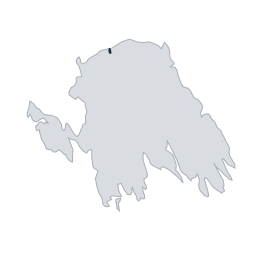 Clontarf Lea-6, Dublin, Ireland (highlighted), rotated 256°
{"feature_id": "5873133B49648577838284", "entity_name": "Clontarf Lea-6", "entity_type": "district", "adm_level": 2, "iso_a3": "IRL", "parent_name": "Ireland", "parent_adm1": "Dublin", "projection": "equal_earth", "projection_center": [-6.188, 53.368], "detail": "fine", "context": "in_parent", "style": "filled", "palette": "slate", "viewbox_px": 256, "rotation_deg": 256, "n_neighbors": 0, "source": "geoboundaries", "source_scale": "gbopen_adm2", "svg_char_len": 4181}
<svg xmlns="http://www.w3.org/2000/svg" viewBox="0 0 256 256"><g transform="rotate(256 128 128)"><path d="M168.0,46.3L161.9,49.3L161.0,50.5L159.2,55.2L159.0,56.5L155.2,61.7L153.0,62.7L149.8,63.6L147.9,64.4L145.6,64.0L142.7,64.1L141.3,65.0L141.3,65.7L142.2,66.6L147.5,69.0L147.2,69.9L145.7,71.1L136.0,73.9L133.1,75.6L132.1,76.7L133.1,78.6L140.7,84.2L142.0,84.9L143.1,88.2L149.9,89.5L152.7,91.6L155.1,92.1L160.3,91.9L162.4,92.7L163.6,92.1L164.3,91.0L170.2,87.0L168.4,84.0L174.3,78.9L175.9,79.0L178.7,80.5L181.0,82.7L181.7,85.6L183.8,88.2L185.2,89.1L188.9,89.6L189.8,90.6L189.1,94.4L189.7,95.7L199.3,95.6L203.1,94.0L206.4,94.2L208.0,95.9L208.8,97.7L205.9,98.4L202.9,98.0L201.5,99.1L201.4,101.4L202.4,104.2L204.4,106.2L206.0,110.8L207.3,115.9L209.4,119.0L209.8,122.8L209.5,124.7L209.9,128.0L209.0,129.2L209.6,132.4L213.1,142.7L213.8,150.7L212.1,153.7L209.8,156.6L208.3,160.0L207.1,163.7L206.4,169.6L201.4,176.5L199.2,178.3L196.8,179.3L202.2,184.2L197.7,186.4L192.9,187.1L187.5,185.9L184.2,186.0L179.9,188.6L179.0,188.1L177.0,184.1L175.5,188.2L172.4,189.5L167.1,189.3L158.2,190.4L154.8,191.5L153.4,193.4L152.3,195.5L150.9,196.8L149.4,197.5L142.5,199.0L141.2,199.7L138.0,203.1L133.8,205.1L130.3,205.7L127.3,203.7L126.1,202.5L124.6,201.9L120.0,202.0L121.4,202.6L122.4,204.0L122.8,206.7L122.2,209.4L119.9,210.8L117.1,211.0L112.7,213.8L106.9,214.6L103.7,217.1L84.5,221.5L83.5,221.5L80.8,220.4L78.0,219.9L75.1,220.3L67.1,222.7L63.2,222.2L68.3,216.2L75.0,213.2L75.7,212.3L73.5,211.9L60.9,214.0L56.5,215.8L52.1,216.3L54.2,213.6L59.9,209.9L64.8,207.4L67.0,205.2L73.0,202.7L53.7,207.8L48.7,207.2L47.6,205.8L43.6,206.5L42.2,203.0L48.2,197.7L51.6,195.5L55.7,194.2L59.6,192.5L61.1,190.4L59.3,189.7L47.7,190.2L42.2,189.8L42.5,188.1L43.6,186.2L49.4,183.0L52.5,182.5L55.3,182.8L60.1,184.7L66.6,184.1L64.0,182.0L63.6,177.9L61.6,176.5L64.3,174.5L67.3,173.4L72.5,169.4L74.3,168.8L84.3,167.8L95.1,165.7L105.9,162.9L100.4,161.3L97.8,159.1L93.5,163.4L90.5,165.1L81.9,165.9L79.2,165.5L75.4,164.1L74.2,164.6L73.1,165.7L67.3,167.8L61.3,168.3L68.4,164.4L77.3,157.9L79.3,155.8L82.2,152.2L81.4,150.6L79.6,149.7L86.1,142.4L88.4,141.0L92.5,140.8L95.5,139.6L96.8,139.6L98.0,139.2L100.6,137.0L96.6,135.6L92.5,134.9L79.6,135.7L77.9,135.5L76.3,134.8L75.3,133.8L74.6,131.4L73.6,130.8L70.7,130.8L67.8,131.6L65.9,131.5L63.9,130.4L67.1,127.8L63.1,127.3L59.0,127.7L55.6,127.0L55.6,125.4L57.1,123.8L55.2,122.3L54.8,120.4L57.0,119.4L59.3,119.8L64.1,118.3L70.3,117.7L65.1,116.3L63.0,115.1L62.9,113.3L63.4,111.7L69.5,109.1L76.0,107.9L75.6,106.2L76.1,104.3L69.6,103.8L63.1,105.1L63.9,101.5L65.5,98.3L65.9,96.2L65.6,93.9L62.6,94.9L62.3,91.7L61.1,89.5L56.6,91.0L56.8,88.1L58.1,86.1L60.5,85.2L62.8,85.6L67.1,85.6L71.3,84.1L77.2,83.7L86.8,84.1L93.2,88.4L94.9,87.7L97.6,85.0L98.8,84.7L108.7,85.8L114.8,87.4L116.5,86.9L115.6,83.9L113.6,81.8L116.2,79.1L119.5,77.3L121.7,76.4L126.6,75.2L128.8,74.1L130.3,70.7L132.7,67.8L120.2,69.3L108.4,65.8L110.3,63.4L112.9,62.0L117.2,61.0L117.6,59.7L119.8,58.7L123.5,55.9L122.2,52.3L122.9,49.7L125.6,48.0L126.4,45.5L127.6,43.7L132.8,43.1L137.9,41.4L145.7,41.2L147.7,41.8L147.3,38.9L150.9,38.5L152.4,39.1L153.0,41.2L154.6,42.5L155.1,44.8L154.0,46.6L152.1,48.0L153.8,49.5L151.1,52.0L154.0,50.9L158.1,48.4L157.9,46.4L157.2,43.8L156.1,41.4L156.6,38.9L158.9,37.3L164.9,36.5L162.5,33.6L164.7,33.3L167.1,33.9L170.5,36.2L177.9,39.4L174.3,42.2L169.8,44.1L168.0,46.3ZM61.8,102.7L61.6,104.1L58.8,102.4L57.5,100.5L49.6,99.6L52.9,97.7L54.5,98.3L60.1,98.4L61.6,99.1L61.8,102.7Z" fill="#d9dde1" stroke="#a8b0b8" stroke-width="1"/><path d="M207.6,128.3L207.4,128.4L207.3,128.5L207.2,128.5L206.9,128.4L206.8,128.5L206.7,128.6L206.6,128.4L206.3,128.4L206.0,128.3L205.8,128.3L205.7,128.3L205.5,128.6L205.4,128.9L205.1,128.8L204.9,129.1L205.0,129.2L205.3,129.3L205.4,129.5L205.6,129.5L205.8,129.6L206.0,129.5L206.3,129.4L206.4,129.5L206.6,129.5L206.9,129.6L207.0,129.6L207.3,129.7L207.8,129.5L207.9,129.4L208.0,129.3L208.4,129.0L208.5,129.0L208.5,128.9L208.7,129.0L208.8,129.0L208.7,129.0L208.4,129.3L208.2,129.4L208.2,129.5L207.9,129.6L208.6,130.0L208.5,129.9L208.9,129.5L209.2,129.2L208.6,128.9L208.3,128.7L208.0,128.6L207.9,128.5L207.7,128.4L207.6,128.3Z" fill="#64748b" stroke="#1e293b" stroke-width="1.5"/></g></svg>